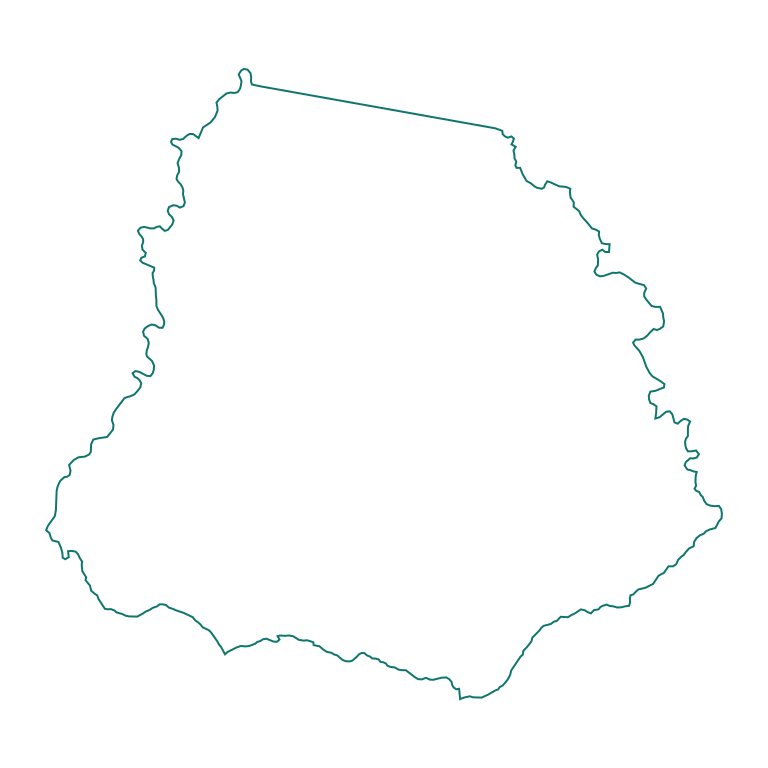 the district of Sandolândia, Tocantins, Brazil
{"feature_id": "56859067B27604847776999", "entity_name": "Sandolândia", "entity_type": "district", "adm_level": 2, "iso_a3": "BRA", "parent_name": "Brazil", "parent_adm1": "Tocantins", "projection": "mercator", "projection_center": [-49.87, -12.382], "detail": "fine", "context": "isolated", "style": "outline", "palette": "teal", "viewbox_px": 768, "rotation_deg": 0, "n_neighbors": 0, "source": "geoboundaries", "source_scale": "gbopen_adm2", "svg_char_len": 6065}
<svg xmlns="http://www.w3.org/2000/svg" viewBox="0 0 768 768"><path d="M683.9,418.8L680.6,421.0L677.7,423.7L674.5,422.4L672.3,414.3L669.7,411.3L666.1,411.8L659.6,417.2L655.4,418.5L656.1,413.4L656.5,406.3L653.7,404.4L650.4,403.0L649.1,399.5L648.8,395.7L650.4,391.6L655.2,390.9L664.0,387.4L664.4,384.0L660.4,381.1L652.4,376.3L649.7,373.0L646.4,367.0L642.9,357.1L639.3,350.8L634.4,345.4L633.1,342.6L635.6,339.6L639.4,339.6L643.6,338.5L647.2,335.7L650.2,332.2L653.6,329.0L657.0,330.0L659.8,328.9L663.2,326.5L664.1,321.3L663.2,317.2L663.0,313.6L660.1,306.9L655.5,306.9L651.6,306.0L646.3,299.6L644.2,296.4L644.2,292.9L646.2,288.6L644.1,285.2L635.3,282.7L628.6,277.5L623.9,274.5L619.7,272.4L616.0,273.0L612.9,272.7L603.3,276.0L600.0,276.3L596.5,274.8L594.4,271.6L595.9,268.1L597.9,265.2L598.1,259.0L597.1,254.7L598.9,251.5L602.3,249.7L605.2,252.0L609.0,252.0L609.6,244.2L605.7,244.1L601.9,243.2L599.8,238.8L598.8,235.1L599.1,231.5L595.9,229.7L591.9,228.4L587.2,222.5L583.3,218.3L580.6,214.7L579.2,211.2L573.5,206.6L573.9,202.9L572.6,200.3L570.6,197.7L569.9,191.9L570.3,188.8L566.0,186.9L559.1,186.3L550.9,182.5L547.3,181.3L545.0,184.8L544.1,187.4L541.7,188.8L536.8,187.7L534.3,186.2L530.7,183.2L526.6,181.0L522.7,174.3L520.1,167.8L516.6,167.9L515.3,165.3L516.3,161.7L514.5,158.3L514.3,154.1L513.5,150.5L515.7,146.8L511.5,144.4L512.8,141.9L513.9,138.6L511.4,136.4L507.9,137.7L504.8,136.3L502.6,134.0L502.3,130.8L495.2,128.3L260.8,86.4L251.9,84.5L251.0,81.5L251.2,77.5L250.5,73.2L247.6,69.7L244.0,68.9L241.2,70.5L238.7,74.4L241.5,81.1L241.0,84.8L240.1,88.6L237.7,92.2L233.9,93.0L230.7,92.5L226.6,93.4L219.3,99.1L216.5,102.5L217.3,106.6L217.6,110.6L215.0,117.0L210.5,122.5L203.0,127.4L198.6,138.1L193.0,134.0L189.5,134.0L186.2,136.1L183.1,139.0L179.5,139.8L176.0,138.7L172.4,139.0L171.0,141.9L172.4,144.5L178.5,147.7L181.5,151.1L181.3,155.0L179.1,159.1L177.6,163.1L178.9,167.6L179.1,171.7L177.2,175.4L176.5,178.9L177.9,181.4L180.6,184.2L182.5,187.5L183.3,190.6L183.0,194.2L184.9,202.5L183.4,206.2L179.8,207.6L176.9,205.8L173.2,205.2L169.0,207.1L167.7,210.8L169.0,214.3L171.7,216.7L173.6,220.4L172.4,224.3L168.0,229.8L164.8,230.9L162.1,228.7L159.8,226.3L156.7,226.9L154.0,228.4L150.3,228.4L144.2,226.9L140.5,227.7L137.9,230.8L139.2,233.9L141.6,236.5L143.1,239.2L143.2,242.1L141.9,245.6L142.5,249.7L145.8,252.9L144.9,256.4L141.3,257.8L140.2,260.5L142.7,262.8L154.2,267.6L154.1,270.5L152.6,273.1L152.8,276.5L153.5,279.8L153.8,283.2L155.6,287.4L155.9,295.8L156.4,299.6L156.4,306.0L158.0,309.8L162.9,317.4L164.2,321.3L164.1,324.5L162.5,327.8L159.0,327.7L155.3,325.2L151.6,324.5L147.8,326.2L144.6,328.6L143.1,331.8L144.1,335.9L147.6,338.8L148.8,343.1L148.0,347.1L146.8,350.4L146.3,353.8L147.0,356.5L152.0,360.9L154.1,365.6L153.7,370.1L152.7,373.2L150.4,376.1L146.7,375.8L139.2,371.8L135.5,371.1L132.6,373.2L134.5,376.7L137.5,378.2L139.9,380.5L141.2,383.6L140.3,387.4L137.5,391.0L134.4,394.4L129.9,396.4L127.1,397.1L124.4,398.2L115.6,409.8L113.7,412.8L112.3,417.1L111.9,420.3L113.5,424.9L113.0,429.6L107.1,437.0L98.7,438.2L93.3,439.6L91.1,444.3L90.8,452.0L89.0,454.6L84.9,456.6L78.5,457.3L73.8,460.0L69.1,464.9L70.5,470.7L69.8,474.7L67.2,476.7L64.3,477.2L60.3,480.8L59.0,483.2L57.4,487.2L56.6,491.3L55.9,510.2L54.8,516.2L48.0,525.7L46.1,530.2L49.4,533.0L50.7,537.4L52.3,540.4L58.4,542.0L60.7,547.0L62.3,552.5L62.7,557.7L65.3,559.2L68.7,557.2L68.1,551.2L71.5,550.9L75.6,551.6L78.2,554.5L79.8,558.1L82.2,561.7L81.7,565.0L82.4,571.3L86.2,577.3L85.5,580.2L90.0,585.6L91.2,590.7L94.1,593.3L97.2,595.4L98.4,598.8L104.9,608.8L107.8,609.3L111.0,609.1L114.5,610.5L116.5,612.4L122.3,614.0L125.6,615.7L128.9,616.4L137.3,616.6L143.1,613.4L145.8,611.5L149.7,609.9L152.8,607.8L157.0,606.4L159.7,604.3L162.6,604.3L166.1,605.1L168.9,607.6L172.9,608.9L175.7,610.2L184.0,613.0L192.6,617.1L195.3,620.4L198.2,622.4L200.5,624.5L202.7,627.3L208.8,630.2L211.2,632.6L217.5,641.6L219.2,644.8L221.0,646.8L225.0,654.3L227.3,652.1L236.9,647.3L240.9,646.0L245.6,646.4L249.2,646.0L255.2,643.7L257.4,641.9L260.3,641.1L262.9,639.3L266.5,638.7L273.3,641.5L276.9,641.8L279.5,639.6L277.6,636.2L280.3,635.5L284.5,635.8L289.1,635.5L293.1,636.2L299.0,639.9L303.5,640.6L307.2,640.3L313.3,642.2L313.7,645.1L319.5,646.3L322.8,649.2L326.7,651.8L331.4,652.8L334.2,654.5L337.3,655.4L342.4,659.9L345.7,661.2L349.8,661.4L352.5,660.5L356.8,656.8L359.0,654.3L361.7,653.0L364.4,653.1L367.1,655.5L370.0,656.5L372.1,658.4L375.7,658.6L378.6,659.4L380.5,661.9L383.4,662.3L385.9,663.5L387.5,665.8L390.8,667.0L394.7,667.4L398.4,669.6L402.3,670.2L405.8,670.2L414.5,676.9L418.0,679.1L421.9,679.4L426.0,677.8L429.8,679.6L433.2,679.8L441.6,677.7L446.2,677.4L449.1,679.1L451.6,681.9L452.2,685.0L453.6,687.4L456.3,689.3L459.1,688.8L460.1,699.1L463.8,697.6L469.9,696.3L472.9,697.3L481.6,697.6L488.2,694.6L495.2,690.5L498.0,689.5L499.8,687.0L502.8,685.4L505.3,682.5L507.8,679.4L510.1,675.1L511.2,670.5L520.6,656.5L522.8,654.7L523.3,650.9L527.3,646.7L531.4,641.4L532.3,637.7L539.6,630.3L541.3,627.9L543.5,625.9L550.8,624.0L554.0,621.6L556.7,621.0L560.7,616.8L568.0,617.2L571.3,615.1L575.4,613.1L580.9,609.4L584.6,610.2L588.0,612.3L590.9,613.4L594.0,610.1L598.5,609.4L600.4,607.0L603.0,605.7L606.8,604.6L609.8,606.0L613.3,606.3L617.1,607.5L621.2,607.3L625.8,606.2L629.1,605.8L630.1,602.3L629.9,598.2L630.5,595.3L633.5,594.3L635.8,591.7L638.4,589.4L645.4,587.8L653.1,583.9L658.5,575.8L661.3,574.1L663.8,573.0L668.5,566.3L673.1,566.3L676.2,564.2L678.1,559.9L681.2,556.8L683.6,555.1L685.7,552.2L689.1,548.4L693.7,546.2L694.1,542.0L696.4,538.2L699.9,535.3L703.8,533.7L706.1,531.2L710.0,529.4L715.4,528.0L718.9,521.3L721.5,518.4L721.9,513.8L721.2,509.3L718.9,505.9L714.8,506.2L710.2,505.6L706.5,504.1L704.1,500.6L702.9,497.2L700.6,494.9L699.2,491.9L696.3,490.9L694.5,488.7L696.1,485.8L695.5,482.5L695.5,479.3L695.8,475.6L696.7,472.0L693.4,471.4L690.6,470.2L687.3,469.5L684.6,465.3L685.8,462.1L690.3,458.2L693.3,458.5L696.8,457.5L698.9,454.2L696.1,450.5L691.6,451.3L687.9,451.3L686.1,448.3L685.3,444.9L685.1,442.0L685.8,438.9L687.9,436.1L687.9,429.2L688.2,425.8L690.1,421.6L687.4,419.6L683.9,418.8Z" fill="none" stroke="#0f766e" stroke-width="2"/></svg>